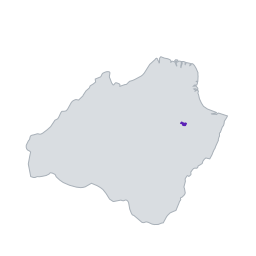 Irepodun/Ifelodun, Ekiti, Nigeria (highlighted), rotated 201°
{"feature_id": "59680162B16609728895319", "entity_name": "Irepodun/Ifelodun", "entity_type": "district", "adm_level": 2, "iso_a3": "NGA", "parent_name": "Nigeria", "parent_adm1": "Ekiti", "projection": "natural_earth1", "projection_center": [5.241, 7.714], "detail": "fine", "context": "in_parent", "style": "filled", "palette": "violet", "viewbox_px": 256, "rotation_deg": 201, "n_neighbors": 0, "source": "geoboundaries", "source_scale": "gbopen_adm2", "svg_char_len": 4218}
<svg xmlns="http://www.w3.org/2000/svg" viewBox="0 0 256 256"><g transform="rotate(201 128 128)"><path d="M201.4,47.8L208.2,58.7L209.7,66.8L210.3,70.7L211.5,71.2L213.6,71.4L215.1,72.2L216.1,73.5L216.6,74.8L216.8,75.5L216.4,80.3L215.8,82.1L216.2,84.5L216.1,85.5L215.8,86.2L214.9,87.0L213.6,87.8L210.6,90.1L209.7,90.4L208.4,90.5L207.3,91.0L206.0,92.3L203.1,96.9L200.7,101.5L199.0,109.1L196.9,111.4L196.5,113.5L196.2,118.2L195.8,119.6L195.5,120.0L193.2,120.9L191.8,122.0L191.1,124.1L190.1,131.3L189.7,132.5L189.0,133.8L187.8,135.1L186.8,135.9L184.1,136.4L181.6,141.8L181.6,142.7L180.5,147.7L178.5,151.4L178.4,153.8L176.0,157.0L174.7,159.3L176.0,161.6L176.1,162.0L171.9,165.9L171.7,166.5L171.5,169.2L171.2,170.0L170.4,170.9L169.3,172.0L168.1,172.9L166.8,173.5L165.6,173.7L164.9,173.4L164.5,172.5L163.8,169.2L163.4,168.5L162.6,167.8L159.4,164.2L157.4,162.9L157.0,163.0L156.7,163.3L156.1,165.2L155.6,165.9L154.5,166.1L152.7,166.1L151.4,165.9L151.1,165.5L150.5,164.0L146.5,167.4L145.1,168.1L143.3,172.1L140.8,174.0L139.0,175.8L134.4,181.1L133.4,182.7L132.5,185.1L130.5,195.2L127.3,201.5L126.9,202.8L126.7,202.8L126.3,203.4L125.0,203.0L124.4,201.8L123.7,201.6L122.3,199.9L122.0,200.2L123.5,204.5L122.9,206.3L119.0,206.3L115.6,206.9L113.2,206.8L112.1,206.2L111.6,204.6L111.4,204.7L111.2,205.6L110.5,206.3L107.9,206.4L106.7,205.3L105.8,204.1L104.8,203.5L104.9,204.0L106.1,205.2L105.9,207.0L103.8,209.0L102.5,209.1L101.7,208.3L101.2,206.8L101.0,204.7L100.4,203.4L100.2,203.4L100.5,205.6L100.5,207.8L101.5,209.4L100.0,210.0L98.1,210.0L97.9,209.4L97.7,208.0L97.3,207.7L97.0,210.0L93.2,210.6L92.6,210.5L92.5,210.1L92.8,209.5L92.7,208.4L91.9,209.2L91.8,210.8L91.3,211.1L89.8,210.9L88.2,210.0L85.7,208.0L82.5,204.7L82.0,203.2L81.1,201.4L79.5,196.4L79.8,196.1L80.5,196.4L80.9,195.9L79.5,195.6L79.3,195.2L79.2,194.1L79.2,192.8L81.2,192.0L81.7,191.2L82.0,190.4L79.5,191.6L77.2,190.2L76.7,189.4L77.0,188.7L79.6,188.7L80.6,188.0L80.0,187.8L79.0,187.8L78.6,187.4L78.6,186.4L78.3,186.6L77.9,187.5L76.3,188.2L75.4,187.5L75.3,186.0L75.1,185.3L74.4,184.8L71.7,180.8L68.3,177.5L65.3,175.3L60.7,174.2L51.2,174.2L50.6,173.9L51.2,173.4L52.0,173.0L55.1,171.2L54.6,170.9L51.4,172.1L50.3,172.2L48.9,174.4L39.5,174.9L39.5,173.9L40.0,171.0L40.5,169.0L39.9,166.5L39.7,164.3L40.1,163.6L40.3,162.8L40.2,157.1L40.7,156.3L40.7,155.7L39.7,153.3L39.8,151.5L39.6,149.7L39.2,148.9L39.6,141.9L39.5,140.2L39.8,139.0L40.0,136.0L40.0,133.1L40.6,128.5L44.6,127.9L45.6,126.1L46.2,123.8L46.0,121.5L47.3,119.6L48.9,117.8L48.8,115.9L49.3,115.3L50.0,114.8L51.1,114.6L52.3,113.6L52.9,112.0L53.6,109.3L52.6,107.4L52.6,107.0L53.0,106.0L53.6,104.9L54.1,104.6L55.3,104.9L55.7,104.5L56.4,101.5L56.3,100.7L55.3,98.7L54.7,93.3L54.4,92.6L53.5,91.6L51.3,87.9L51.3,86.1L52.3,83.8L52.9,82.6L53.7,82.0L53.9,81.5L53.7,80.8L53.2,80.4L53.1,79.3L53.6,77.9L53.5,76.3L53.7,68.2L55.5,66.6L58.2,63.9L59.5,61.2L60.2,59.1L61.1,52.1L62.5,51.3L65.2,48.8L68.8,47.3L71.2,46.9L75.3,47.2L77.4,46.9L79.1,45.5L79.9,45.1L81.1,44.9L91.3,48.5L92.3,48.4L93.0,48.6L94.3,49.6L97.3,52.9L100.5,58.2L101.5,59.3L102.5,59.9L103.5,60.1L104.3,60.0L105.0,59.5L106.0,58.5L107.5,58.1L108.7,58.2L115.1,54.2L115.7,54.1L119.7,55.0L125.0,59.0L129.4,61.6L132.5,62.5L136.1,63.1L142.3,63.3L146.9,57.7L148.6,56.5L150.7,55.4L155.0,54.3L162.1,53.6L168.9,53.9L173.0,54.9L177.5,56.7L179.4,58.5L182.4,58.8L184.5,58.4L185.2,56.7L187.3,54.4L190.5,52.3L193.1,50.8L195.3,50.1L197.2,48.4L198.7,47.9L201.4,47.8ZM108.1,208.7L106.7,209.2L105.7,209.1L107.0,206.8L107.7,207.3L108.5,207.5L108.1,208.7Z" fill="#d9dde1" stroke="#a8b0b8" stroke-width="1"/><path d="M77.6,150.3L77.4,150.3L77.3,150.5L77.2,150.5L76.9,150.6L76.7,150.7L76.4,150.7L76.0,150.7L75.6,150.9L75.4,151.1L75.5,151.7L75.5,151.9L75.4,152.0L75.3,152.3L75.2,152.7L75.2,152.8L75.3,153.0L75.7,152.9L75.8,152.9L76.0,153.0L76.1,152.9L76.3,152.9L76.5,152.7L76.8,152.5L76.9,152.4L77.0,152.3L77.1,152.2L77.1,151.9L77.3,151.8L77.3,152.0L77.4,152.3L77.5,152.3L77.8,152.2L77.9,152.3L78.0,152.4L78.3,152.4L78.5,152.4L78.8,152.3L79.1,152.2L79.4,152.4L79.5,152.5L79.8,152.6L80.0,152.1L80.3,151.8L80.3,151.4L79.7,151.5L79.4,151.5L79.2,151.5L78.8,151.5L78.5,151.4L78.4,151.2L78.2,150.9L77.8,150.7L77.7,150.7L77.6,150.3L77.6,150.3Z" fill="#8b5cf6" stroke="#5b21b6" stroke-width="1.5"/></g></svg>